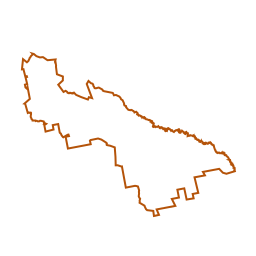 outline of Guadalupe, Chihuahua, Mexico, rotated 349°
{"feature_id": "50627088B71409715310525", "entity_name": "Guadalupe", "entity_type": "district", "adm_level": 2, "iso_a3": "MEX", "parent_name": "Mexico", "parent_adm1": "Chihuahua", "projection": "albers", "projection_center": [-105.58, 30.875], "detail": "fine", "context": "isolated", "style": "outline", "palette": "amber", "viewbox_px": 256, "rotation_deg": 349, "n_neighbors": 0, "source": "geoboundaries", "source_scale": "gbopen_adm2", "svg_char_len": 5847}
<svg xmlns="http://www.w3.org/2000/svg" viewBox="0 0 256 256"><g transform="rotate(349 128 128)"><path d="M31.0,84.3L31.7,84.6L32.5,94.1L33.6,93.8L33.8,94.2L34.3,94.4L35.5,94.3L35.7,94.6L35.4,96.1L34.9,97.3L34.7,98.4L34.6,98.5L34.8,99.6L35.1,100.2L35.0,100.9L36.0,102.2L35.9,102.5L38.5,103.0L38.7,103.5L39.0,103.4L39.8,103.5L40.6,104.2L41.3,104.4L42.1,104.5L43.0,104.1L43.9,104.3L46.5,105.5L46.5,106.6L47.7,107.1L47.3,107.0L46.7,107.3L46.5,107.6L47.4,107.6L48.5,108.3L47.7,108.7L46.4,108.6L46.4,115.8L54.6,115.3L54.7,110.8L60.2,110.8L60.1,119.5L60.5,120.2L61.0,120.6L61.4,122.5L62.3,124.3L62.7,124.8L67.5,123.1L68.3,123.1L68.5,124.7L65.1,124.7L65.1,136.7L88.3,136.8L88.2,133.2L88.9,132.7L96.6,132.6L99.7,134.3L103.7,138.1L104.3,139.0L103.9,139.5L103.9,140.0L103.9,140.6L104.2,140.8L107.1,142.0L111.3,144.5L110.2,153.9L108.8,162.3L110.7,162.6L114.3,164.6L114.7,164.6L114.5,186.1L123.8,186.1L125.0,186.5L126.6,187.3L127.0,191.4L126.5,192.8L126.4,194.3L125.5,197.1L125.8,198.5L126.4,199.8L125.6,201.3L125.5,202.4L125.1,203.6L129.4,207.4L129.4,208.1L130.2,211.1L131.1,212.3L137.0,214.2L136.7,219.3L141.8,219.2L140.6,213.4L159.6,213.5L157.5,206.0L164.7,206.0L164.7,198.0L171.7,198.0L171.9,209.4L179.0,209.6L178.9,205.1L184.6,205.1L183.9,189.1L194.5,189.2L193.2,185.4L209.7,185.5L212.6,190.0L215.9,191.7L224.7,190.8L224.6,189.9L224.3,189.7L224.6,189.0L224.9,188.8L225.0,187.5L224.0,187.3L224.3,186.3L224.1,186.0L224.3,184.9L224.1,184.4L223.6,184.9L223.2,184.2L223.3,183.8L222.8,184.0L222.4,183.7L222.5,183.5L223.0,183.4L222.9,183.2L222.4,182.8L222.7,182.5L223.0,182.9L223.1,181.9L222.9,181.5L221.9,181.1L221.7,180.3L222.1,179.7L222.1,179.3L221.8,179.4L221.8,179.0L221.2,178.6L221.4,178.6L221.4,178.4L220.7,178.1L221.1,177.2L220.5,175.6L219.5,174.6L219.4,173.7L219.1,173.3L218.6,173.2L218.1,173.3L217.7,173.0L217.6,172.6L217.7,172.4L217.9,171.5L217.9,171.3L217.5,171.3L217.4,170.4L217.0,170.2L216.7,170.3L216.3,171.2L215.7,171.0L215.6,170.0L215.1,170.4L214.4,170.5L214.0,170.3L213.4,170.3L213.0,169.6L212.4,169.4L211.4,169.8L210.5,169.2L210.2,168.8L210.4,168.5L210.0,168.2L209.6,167.6L209.6,167.2L209.7,166.7L209.3,166.3L209.2,165.7L209.0,164.3L208.8,162.5L208.9,162.3L208.7,162.0L208.8,161.3L207.8,160.8L207.9,160.4L207.5,160.0L206.9,159.9L206.7,159.7L206.6,158.4L205.9,157.6L205.0,158.2L204.3,157.8L204.0,158.3L203.4,158.3L203.2,158.7L202.6,158.4L201.9,157.4L201.5,157.2L201.1,157.4L200.5,157.3L200.8,158.0L200.7,158.5L200.4,158.5L200.3,158.2L199.5,158.2L199.5,157.9L199.1,157.3L198.8,157.3L198.7,157.6L198.3,157.3L198.5,156.2L198.4,155.7L198.0,155.7L197.7,155.3L197.6,154.9L197.5,155.1L196.6,155.2L196.3,155.5L195.7,155.2L195.8,155.0L196.2,154.8L196.0,154.2L195.6,153.9L195.1,153.9L195.0,153.0L194.5,152.7L193.9,153.0L193.6,152.8L193.6,152.4L193.3,152.0L192.6,151.7L192.9,151.4L192.9,150.9L192.5,150.4L192.3,150.8L192.2,150.8L191.7,150.2L192.0,149.3L191.7,149.1L191.9,148.7L191.5,148.3L191.1,148.7L190.5,148.5L190.8,147.7L189.8,148.0L189.3,147.6L187.9,147.3L187.6,146.9L186.4,147.4L185.9,147.1L185.0,147.3L185.2,146.4L185.5,146.0L185.8,144.6L185.4,144.4L185.2,144.5L184.8,144.3L184.6,144.0L184.7,143.8L184.5,143.0L184.1,143.1L183.9,144.1L183.4,144.8L183.2,144.9L182.6,144.4L182.3,143.6L181.9,143.4L182.0,142.7L181.8,142.3L181.0,141.9L180.8,141.4L180.5,141.0L180.0,141.7L179.4,141.7L179.0,142.0L178.7,142.6L178.3,142.7L177.6,142.4L177.2,141.9L177.2,141.6L177.5,140.9L177.9,141.0L178.3,140.7L178.4,140.1L178.1,139.8L177.8,138.9L177.5,138.9L176.2,140.0L176.0,139.8L175.9,139.3L175.1,139.4L174.8,139.3L174.2,139.5L174.0,139.8L173.4,139.8L172.3,140.7L171.1,139.6L171.0,138.8L170.8,138.5L170.2,138.4L169.7,138.8L169.1,137.3L168.7,137.0L168.2,137.1L167.9,136.9L167.8,136.0L167.6,135.8L167.2,135.8L166.3,136.1L166.3,137.0L165.6,138.4L165.2,138.2L165.3,137.6L165.1,137.2L164.9,137.9L164.2,138.2L163.9,137.8L164.2,137.0L163.9,136.3L163.9,135.5L163.7,135.4L163.6,135.6L163.2,135.4L162.7,136.0L162.4,135.9L162.6,135.0L161.9,134.6L161.4,134.6L161.2,133.6L160.3,133.5L159.4,134.3L159.1,134.0L159.2,133.3L158.4,132.7L158.1,132.0L157.1,132.5L156.2,132.3L155.2,131.7L155.0,132.0L154.6,131.5L153.5,132.0L152.8,131.6L152.7,131.4L153.0,130.9L153.6,130.7L153.7,130.0L153.5,129.8L153.8,129.4L153.6,128.7L154.1,128.3L153.7,127.9L152.9,127.9L152.4,127.4L153.0,126.7L153.0,125.9L152.4,125.5L151.9,125.9L151.3,126.0L151.3,125.7L151.5,125.5L151.1,124.5L150.8,124.2L149.6,124.1L148.9,123.4L148.3,123.1L147.4,122.9L146.9,122.2L146.9,121.5L146.6,121.2L146.1,121.7L145.8,121.7L145.6,121.3L146.0,121.1L146.0,120.4L144.2,120.2L143.9,120.4L143.8,119.7L143.4,119.4L143.4,119.0L142.7,118.9L142.4,118.2L141.9,117.9L141.4,117.7L140.9,117.9L140.7,117.6L141.1,117.5L140.9,117.1L140.3,116.6L139.6,116.3L139.9,115.7L140.3,115.5L140.3,115.3L139.1,113.6L137.3,114.0L137.1,113.2L136.6,112.3L135.8,111.9L135.1,111.0L134.4,110.8L133.7,111.0L131.8,110.2L130.1,107.3L130.3,106.4L130.2,106.0L128.9,105.3L128.6,104.3L128.8,103.7L128.8,103.0L128.0,99.7L126.7,98.5L126.3,96.8L125.4,95.4L122.5,93.3L120.4,93.2L119.9,90.9L119.6,90.6L111.5,87.3L110.4,86.5L110.3,85.6L110.0,85.2L107.1,82.8L106.7,82.7L104.2,82.9L103.2,82.7L102.8,82.4L102.5,81.0L102.0,80.0L102.1,78.7L101.6,77.7L100.2,77.0L98.2,74.3L95.9,76.9L98.4,91.8L95.5,90.3L94.1,92.4L88.1,88.8L83.4,85.6L81.7,83.0L80.7,83.6L79.9,83.5L79.8,83.0L79.0,83.0L78.5,82.7L78.0,82.7L77.9,82.4L77.2,82.3L76.6,82.6L75.4,81.9L75.3,81.2L74.6,80.3L73.8,79.6L71.6,80.3L67.8,72.2L73.1,68.9L73.9,65.0L68.5,61.7L69.0,54.1L69.3,53.1L69.4,50.0L69.0,49.9L69.0,49.5L69.4,49.6L69.5,48.0L70.0,46.9L62.0,46.1L61.4,45.6L58.4,42.5L58.0,42.2L55.0,41.9L51.8,40.0L49.7,37.4L48.3,36.7L48.6,37.2L48.4,37.7L47.6,38.1L46.2,39.1L45.5,40.1L44.7,40.6L44.3,41.5L43.6,42.3L43.0,43.2L41.3,44.2L38.1,40.4L35.1,50.2L36.6,50.3L37.0,57.8L38.5,57.8L38.6,58.6L37.1,58.6L37.4,65.6L35.1,65.8L35.1,68.6L36.2,70.0L37.2,68.5L37.2,80.7L31.0,84.3Z" fill="none" stroke="#b45309" stroke-width="2"/></g></svg>